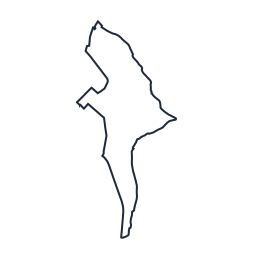 outline of Bakau, Banjul, Gambia, rotated 85°
{"feature_id": "56634734B97208940932189", "entity_name": "Bakau", "entity_type": "district", "adm_level": 2, "iso_a3": "GMB", "parent_name": "Gambia", "parent_adm1": "Banjul", "projection": "orthographic", "projection_center": [-16.668, 13.473], "detail": "fine", "context": "isolated", "style": "outline", "palette": "slate", "viewbox_px": 256, "rotation_deg": 85, "n_neighbors": 0, "source": "geoboundaries", "source_scale": "gbopen_adm2", "svg_char_len": 3836}
<svg xmlns="http://www.w3.org/2000/svg" viewBox="0 0 256 256"><g transform="rotate(85 128 128)"><path d="M236.5,144.3L236.8,143.5L236.8,142.7L236.1,139.9L235.3,137.9L234.7,137.0L234.3,136.7L234.0,136.7L233.2,136.5L232.1,136.3L231.0,136.2L229.9,136.0L229.1,135.7L228.4,135.5L228.1,135.5L227.8,134.9L227.8,134.7L227.4,134.1L227.0,134.1L225.9,133.6L224.6,133.4L223.1,133.6L221.5,133.6L220.1,133.3L218.8,133.0L217.1,132.4L215.4,131.7L215.0,131.7L212.9,131.3L212.2,131.2L211.8,131.2L210.9,129.7L211.0,129.6L210.5,129.1L208.9,128.8L207.6,128.4L206.9,128.2L205.7,127.8L204.7,127.4L203.1,126.9L202.4,126.5L201.6,126.3L200.9,126.0L200.0,125.7L198.4,125.3L197.5,125.1L196.2,125.0L194.9,125.0L193.1,124.9L190.6,124.7L188.5,124.4L186.3,124.2L184.8,124.4L180.4,125.0L178.5,125.4L174.2,126.1L171.4,126.7L165.7,127.2L164.4,127.3L160.7,127.0L159.5,126.8L158.6,126.7L158.1,126.6L156.0,126.5L152.9,126.4L152.1,126.4L151.6,126.2L151.0,126.0L150.8,125.8L150.4,125.6L149.4,124.5L149.2,124.3L149.0,124.6L148.8,124.9L148.5,125.0L148.1,124.9L147.1,124.4L146.1,123.5L145.1,122.8L144.3,122.3L143.6,121.7L143.1,121.3L142.2,120.8L141.8,120.8L140.0,119.7L139.8,118.1L139.5,117.7L138.9,116.9L138.3,115.9L137.6,114.3L136.8,111.9L135.6,110.0L135.4,109.3L135.2,108.6L135.2,107.9L135.5,107.7L135.5,106.8L135.2,105.7L134.6,102.9L133.3,100.4L132.6,98.8L132.2,97.8L131.4,95.5L130.5,93.4L126.7,89.1L126.3,88.7L125.3,87.1L124.6,85.8L124.1,82.3L124.0,80.9L123.9,80.3L123.7,79.7L123.3,79.4L122.8,79.4L122.4,79.6L118.2,86.2L116.9,87.9L114.7,90.4L113.4,91.7L113.1,92.0L111.5,93.3L110.6,93.8L109.8,93.8L109.0,93.7L107.4,93.7L106.2,93.8L104.8,94.0L103.7,94.4L102.9,95.0L102.6,95.4L102.5,95.5L101.2,96.9L99.7,98.4L98.6,99.4L98.1,99.8L96.9,100.6L95.5,101.2L94.2,101.4L94.3,101.5L94.2,101.5L92.3,101.9L91.5,102.0L90.3,101.8L89.0,101.7L86.3,101.7L85.4,101.2L84.9,101.1L84.5,101.0L84.1,101.1L83.5,101.3L82.3,101.9L78.1,105.2L77.0,106.0L75.6,107.2L74.7,107.9L74.3,108.1L72.9,108.8L71.9,109.1L71.4,109.1L70.9,109.1L70.2,108.9L69.8,108.8L69.5,108.7L69.0,108.8L68.4,109.1L67.7,109.5L66.9,110.4L66.3,111.0L65.2,111.8L63.7,112.5L61.8,113.8L60.7,114.7L58.8,116.2L58.2,116.6L57.8,116.8L57.5,116.9L57.1,117.1L56.5,117.1L56.2,117.2L55.9,117.1L55.3,116.6L55.0,116.7L54.3,116.9L53.5,117.2L52.3,117.7L51.6,117.8L50.3,118.4L49.1,118.9L48.1,119.1L47.1,119.4L46.3,119.8L45.0,120.3L44.4,120.8L43.9,121.3L43.7,121.4L42.8,122.4L42.3,122.8L41.4,123.8L38.9,126.1L38.7,126.3L37.6,127.0L37.4,127.2L36.5,128.2L36.3,128.3L35.0,129.7L34.3,130.8L33.3,132.6L32.6,134.8L31.2,137.3L30.7,138.1L29.4,140.2L25.2,145.6L23.9,145.0L19.3,148.6L19.2,148.7L24.2,152.5L25.8,151.8L26.7,152.7L25.1,154.2L33.9,157.9L42.7,159.5L42.8,161.7L47.6,163.5L53.8,159.0L59.4,155.5L59.5,155.4L65.2,151.8L68.0,150.0L72.0,147.5L76.4,144.7L76.5,144.6L77.0,144.4L77.5,144.2L78.8,144.0L80.1,144.2L80.7,144.4L86.4,147.8L86.8,148.1L86.9,148.3L87.9,150.1L88.2,150.5L88.6,151.1L88.8,151.3L90.7,155.2L90.5,155.3L87.9,157.7L87.7,158.0L87.4,158.2L85.3,160.2L85.3,160.3L85.1,160.4L85.0,160.5L84.7,160.9L84.8,161.0L85.9,162.3L87.4,164.1L87.5,164.2L90.2,167.4L90.8,168.1L92.9,170.5L93.0,170.6L93.1,170.8L96.3,174.6L97.3,175.8L97.8,176.5L98.0,176.6L100.3,174.6L100.9,174.0L101.2,173.9L101.3,173.9L100.8,173.4L101.0,173.2L104.9,170.3L104.9,170.2L100.5,165.7L104.9,161.5L109.1,157.4L113.4,153.3L115.7,151.0L123.6,150.7L124.4,150.7L133.9,150.1L136.1,150.7L142.7,152.5L145.6,153.3L148.7,154.2L151.4,154.5L152.6,155.3L153.0,155.6L153.2,155.8L153.6,156.0L153.8,155.8L154.1,155.4L154.6,154.9L155.0,154.4L155.8,153.9L157.2,152.9L159.5,151.5L161.7,150.7L164.8,149.8L166.4,149.4L178.8,146.3L181.7,145.5L185.1,144.7L200.3,140.7L202.1,140.4L203.7,140.1L205.9,139.8L208.3,139.8L211.1,140.0L213.3,140.3L216.7,140.9L219.1,141.3L220.0,141.5L224.8,142.3L230.1,143.2L232.6,143.7L233.6,143.9L235.3,144.1L236.5,144.3Z" fill="none" stroke="#1e293b" stroke-width="2"/></g></svg>